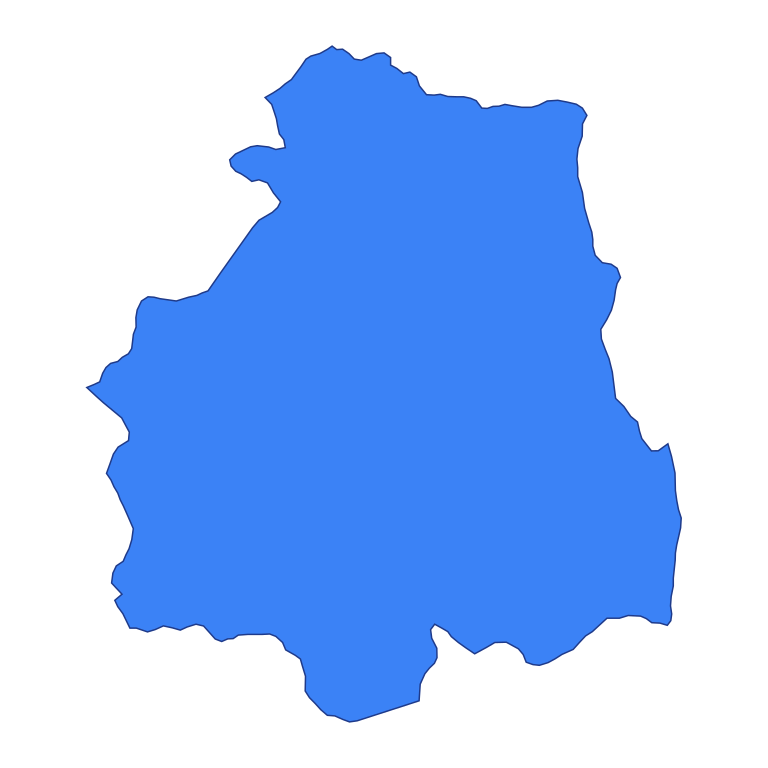 the district of Jaboticabal, São Paulo, Brazil
{"feature_id": "56859067B8414745148064", "entity_name": "Jaboticabal", "entity_type": "district", "adm_level": 2, "iso_a3": "BRA", "parent_name": "Brazil", "parent_adm1": "São Paulo", "projection": "natural_earth1", "projection_center": [-48.295, -21.21], "detail": "fine", "context": "isolated", "style": "filled", "palette": "blue", "viewbox_px": 768, "rotation_deg": 0, "n_neighbors": 0, "source": "geoboundaries", "source_scale": "gbopen_adm2", "svg_char_len": 3214}
<svg xmlns="http://www.w3.org/2000/svg" viewBox="0 0 768 768"><path d="M620.5,277.5L617.1,268.3L611.1,264.2L602.3,262.7L595.2,255.3L592.8,246.2L592.8,239.5L591.8,232.1L588.7,222.7L584.6,208.3L582.4,192.4L577.7,176.6L577.7,167.7L576.9,159.1L578.0,148.6L582.2,136.2L582.5,123.9L586.9,115.4L582.4,108.1L576.3,104.2L567.3,102.1L557.8,100.3L547.2,101.0L538.6,105.3L531.5,107.3L521.8,107.3L511.9,105.7L504.9,104.4L499.0,106.2L493.0,106.4L487.4,108.4L481.8,108.1L476.2,100.7L470.6,98.3L463.7,96.8L456.7,96.8L447.8,96.5L440.3,94.3L434.2,95.1L426.5,94.7L419.4,85.9L416.4,76.8L409.9,72.1L403.4,73.6L396.8,68.4L390.6,65.1L390.6,57.5L384.1,52.9L376.4,53.6L369.6,56.6L361.3,60.2L354.3,59.1L349.0,53.6L342.6,49.2L336.7,49.6L332.1,46.1L327.3,49.4L319.9,53.5L310.8,56.1L306.0,59.2L301.0,66.6L295.0,74.7L291.4,79.6L285.3,83.8L280.0,88.4L273.1,92.9L265.1,97.5L271.7,104.4L274.3,112.2L276.4,118.7L277.6,125.7L279.4,134.0L283.8,139.6L285.3,147.7L275.8,149.5L268.7,147.0L257.2,145.7L250.6,146.8L235.5,154.0L229.7,159.8L231.1,166.1L235.8,171.3L241.1,173.8L246.5,177.3L251.8,181.4L258.9,179.8L267.5,182.9L273.4,192.8L280.6,201.8L277.6,207.5L272.3,212.4L259.0,220.2L252.7,227.6L220.8,272.5L208.0,290.9L202.0,293.0L196.9,295.4L188.6,297.2L176.3,301.0L160.1,298.7L154.0,297.2L148.0,296.8L141.5,301.0L137.2,309.9L135.9,317.6L136.1,327.1L133.4,334.2L132.6,341.2L131.7,348.6L128.4,353.8L122.3,357.3L117.8,361.5L110.6,363.4L106.0,367.5L102.7,373.2L99.7,381.9L93.6,384.7L86.8,387.5L96.4,396.4L103.4,402.7L121.7,417.9L125.2,424.5L129.3,432.1L128.5,440.6L123.4,443.8L118.1,447.1L113.4,454.1L110.2,463.2L106.5,473.4L111.0,480.0L114.0,486.8L117.8,493.1L120.2,499.7L123.4,506.0L127.8,515.9L133.3,528.6L131.8,539.6L129.1,548.6L125.9,554.9L123.2,561.3L116.3,565.9L112.9,573.1L111.6,583.0L116.1,587.9L122.0,594.2L114.8,600.3L117.8,606.7L122.9,613.7L129.9,628.1L136.3,628.1L147.5,631.9L155.1,629.6L163.4,625.9L172.2,627.8L180.3,630.1L187.1,627.0L196.0,624.2L203.6,626.0L210.5,633.7L215.2,639.0L221.7,641.5L227.7,638.9L233.2,638.6L238.3,635.1L247.8,634.4L261.7,634.4L269.7,634.0L275.9,636.4L282.6,642.5L285.7,649.9L295.1,655.2L300.4,659.0L302.4,666.0L305.5,676.2L305.2,691.0L309.5,697.7L315.4,703.7L320.8,709.7L327.3,715.3L334.8,715.9L343.0,719.5L349.5,721.9L357.2,720.8L419.1,700.8L420.2,684.2L424.9,673.7L429.4,668.1L434.4,663.3L437.0,657.7L436.8,648.2L431.7,638.2L430.6,629.6L434.7,624.2L441.8,628.1L447.8,631.6L451.3,636.6L458.4,642.5L465.8,647.8L474.7,653.8L486.5,647.4L494.8,642.5L506.3,642.2L518.4,648.8L523.2,654.5L526.2,662.2L533.0,664.6L539.4,665.3L548.1,662.6L555.1,658.8L562.0,654.4L573.2,649.4L579.4,642.5L585.6,635.9L592.4,631.6L598.9,625.6L607.0,618.2L619.4,618.2L628.2,615.5L640.6,616.1L646.3,618.6L651.8,622.7L659.9,623.1L667.3,625.3L670.8,620.7L671.7,614.0L670.5,605.9L671.2,596.4L673.3,585.9L673.3,578.2L675.2,560.2L675.4,553.1L676.7,545.0L678.8,535.9L680.6,527.9L681.2,518.0L678.5,509.6L676.8,500.8L675.4,490.6L675.0,473.0L671.5,456.4L667.9,443.8L658.2,450.8L651.4,450.9L641.8,438.6L639.5,431.2L637.5,422.0L630.7,416.4L623.9,406.5L615.6,398.4L612.3,372.0L609.0,358.7L605.2,349.3L601.4,339.0L600.8,329.3L606.7,319.7L611.4,310.2L614.1,300.3L615.6,289.8L617.1,283.5L620.5,277.5Z" fill="#3b82f6" stroke="#1e3a8a" stroke-width="1.5"/></svg>